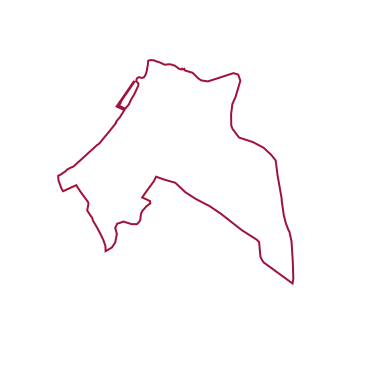 outline of Town, Soufrière, Saint Lucia, rotated 55°
{"feature_id": "8701671B57419145053481", "entity_name": "Town", "entity_type": "district", "adm_level": 2, "iso_a3": "LCA", "parent_name": "Saint Lucia", "parent_adm1": "Soufrière", "projection": "equal_earth", "projection_center": [-61.059, 13.855], "detail": "fine", "context": "isolated", "style": "outline", "palette": "rose", "viewbox_px": 384, "rotation_deg": 55, "n_neighbors": 0, "source": "geoboundaries", "source_scale": "gbopen_adm2", "svg_char_len": 3109}
<svg xmlns="http://www.w3.org/2000/svg" viewBox="0 0 384 384"><g transform="rotate(55 192 192)"><path d="M84.6,129.7L85.3,129.7L86.0,129.5L85.8,129.9L85.2,130.7L84.4,131.4L83.9,131.7L83.5,132.0L83.0,132.2L82.7,132.4L82.1,132.4L81.1,132.8L79.8,133.2L78.8,133.6L78.1,134.0L77.5,134.5L76.9,135.0L76.1,135.5L75.4,136.1L74.9,136.7L74.3,137.4L73.6,138.5L73.3,139.2L72.9,139.8L72.7,140.4L72.4,140.8L72.0,141.3L71.7,141.5L71.3,141.9L70.7,142.2L70.0,142.5L69.2,143.0L68.5,143.5L67.9,143.8L67.2,144.2L66.6,144.6L65.9,145.2L65.1,145.8L64.4,146.4L63.9,146.7L63.3,147.1L62.4,147.6L62.1,148.0L61.1,149.0L60.8,149.5L60.3,150.3L59.9,151.0L59.6,151.7L59.4,152.3L59.5,152.8L60.5,153.5L61.1,154.0L62.8,155.5L64.0,156.8L65.0,157.8L65.7,158.4L66.3,159.0L67.0,159.8L67.5,160.5L68.2,161.3L68.9,162.3L69.3,162.8L69.7,163.5L69.9,164.1L70.1,164.7L70.4,165.4L70.2,166.7L69.7,167.7L69.4,168.1L69.1,168.3L68.3,168.8L67.9,169.3L67.5,169.6L67.3,170.3L67.3,171.6L67.7,172.4L68.0,172.9L68.6,173.6L69.3,174.0L70.3,174.0L71.5,173.8L72.1,173.7L72.6,173.8L73.8,174.8L74.3,175.4L76.7,179.5L77.8,181.4L78.1,182.0L78.6,182.9L79.7,185.1L80.1,186.1L80.4,186.7L80.8,187.7L81.6,189.4L82.2,190.4L83.1,191.9L84.0,193.3L84.2,193.8L84.5,195.2L84.9,196.8L85.2,198.0L85.4,198.6L85.4,199.0L84.8,199.3L79.2,202.4L78.1,199.5L77.6,199.8L76.7,197.3L75.0,192.8L73.1,187.7L71.3,182.8L70.9,181.8L70.1,179.7L69.5,177.9L68.8,176.0L68.1,176.4L70.2,181.9L73.8,191.5L77.1,200.5L78.7,204.7L85.4,200.8L86.0,200.4L86.7,201.9L87.0,202.6L87.6,203.8L87.8,204.4L88.2,205.5L88.9,207.1L89.6,208.7L89.8,209.9L90.3,211.8L90.6,212.8L90.9,213.6L91.3,214.4L91.8,214.5L94.1,222.2L96.3,229.8L96.4,230.5L97.9,235.9L98.9,239.2L99.0,240.2L99.2,240.9L99.1,243.1L100.4,253.1L102.2,266.9L103.1,274.4L103.0,275.4L102.8,275.9L102.6,277.0L102.3,278.2L102.3,279.1L102.1,280.6L102.0,281.6L102.5,283.9L102.4,286.9L102.4,290.1L102.1,291.4L102.0,292.4L106.2,294.8L114.1,296.9L117.4,297.2L120.0,282.9L128.0,283.2L140.6,282.9L141.0,283.1L142.2,283.5L147.1,288.5L149.1,288.5L153.0,288.7L155.8,288.5L158.3,289.5L160.8,289.7L165.8,290.1L174.4,291.1L180.7,292.2L186.8,294.0L190.9,296.7L191.1,295.3L191.1,294.6L191.5,289.5L189.4,284.0L183.3,277.6L177.4,275.5L175.0,271.3L175.8,269.4L176.8,265.2L179.9,262.8L183.7,259.9L186.8,255.4L186.2,252.5L185.2,250.4L180.7,246.4L179.0,243.5L177.6,237.7L177.4,232.7L175.4,231.6L172.9,233.0L167.9,235.9L165.8,230.3L161.5,217.6L158.9,212.6L166.6,207.1L174.8,200.4L188.6,197.5L199.6,193.0L213.9,185.6L226.1,180.9L252.1,173.0L255.2,171.7L262.9,168.5L266.3,167.1L268.2,166.3L271.7,165.8L274.9,167.7L284.1,173.0L288.0,173.7L290.8,173.7L295.1,172.2L305.1,168.8L324.6,162.1L322.2,159.7L321.0,158.6L305.9,148.8L289.7,138.9L280.5,135.0L277.9,134.7L271.3,133.0L270.4,132.7L263.6,130.1L256.7,126.6L251.0,123.7L249.7,123.0L249.4,122.6L227.7,112.5L214.2,105.4L206.9,105.8L196.7,108.0L186.2,113.4L180.9,117.3L174.4,122.2L163.8,122.6L160.2,121.8L151.0,115.6L143.1,108.5L139.1,101.8L134.9,96.5L128.6,88.6L122.4,86.8L118.4,89.9L114.5,102.7L110.5,115.6L105.9,120.4L102.3,121.8L94.7,123.1L88.5,128.0L86.9,127.8L87.1,128.4L84.6,129.7Z" fill="none" stroke="#9f1239" stroke-width="2"/></g></svg>